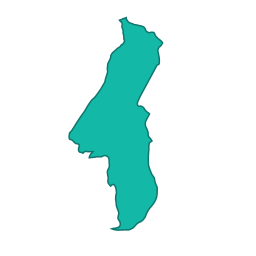 outline of Mpassa, Haut-Ogooué, Gabon, rotated 28°
{"feature_id": "22940354B37639469829308", "entity_name": "Mpassa", "entity_type": "district", "adm_level": 2, "iso_a3": "GAB", "parent_name": "Gabon", "parent_adm1": "Haut-Ogooué", "projection": "mercator", "projection_center": [13.612, -1.737], "detail": "fine", "context": "isolated", "style": "filled", "palette": "teal", "viewbox_px": 256, "rotation_deg": 28, "n_neighbors": 0, "source": "geoboundaries", "source_scale": "gbopen_adm2", "svg_char_len": 3202}
<svg xmlns="http://www.w3.org/2000/svg" viewBox="0 0 256 256"><g transform="rotate(28 128 128)"><path d="M69.8,36.8L70.5,37.2L72.0,37.6L73.2,38.0L74.1,38.9L74.6,40.4L75.3,41.8L76.5,42.9L77.6,43.8L78.4,44.7L78.5,45.6L79.8,47.3L81.2,48.8L81.9,50.1L82.5,51.3L83.5,52.0L84.1,52.9L84.2,54.8L83.9,56.8L83.1,57.5L83.1,58.4L82.7,60.3L81.7,61.8L81.1,63.3L80.3,65.6L79.6,67.3L79.1,68.7L78.8,70.5L78.9,72.2L79.7,74.2L79.9,76.2L79.9,79.2L80.1,81.0L80.5,82.2L81.2,83.4L81.8,85.3L82.3,86.1L83.0,86.9L83.6,87.9L84.1,89.8L85.0,94.8L85.6,97.0L86.0,98.5L85.9,100.3L85.7,106.1L85.0,112.1L84.4,115.9L83.8,117.9L83.0,119.8L82.6,122.0L82.2,125.4L82.0,128.5L81.8,133.2L81.6,135.3L81.1,138.4L80.3,146.3L79.8,153.7L79.5,157.2L79.0,158.6L78.8,160.0L79.4,161.8L80.2,163.6L81.0,164.8L82.1,165.4L83.3,164.9L85.0,165.0L86.3,165.5L87.6,166.0L89.3,166.2L91.4,165.5L92.6,165.7L93.5,166.8L93.7,168.4L94.3,170.2L95.4,171.5L97.0,172.0L98.8,171.3L100.0,171.5L100.3,170.7L100.8,169.3L101.4,168.5L102.5,168.2L103.7,167.8L104.7,167.2L105.9,166.5L108.3,165.3L108.0,166.5L107.4,167.9L107.3,169.4L107.4,171.6L107.8,172.5L110.2,170.8L112.6,169.2L114.2,167.9L116.4,166.8L118.2,165.8L119.2,164.3L120.0,163.5L121.6,162.8L123.5,162.8L125.1,163.5L125.9,164.6L126.9,166.1L128.0,168.1L128.9,169.4L129.8,171.4L129.9,173.1L129.8,174.6L130.4,176.6L131.5,178.2L132.6,179.7L133.7,180.9L134.4,182.4L135.1,184.2L135.8,185.4L136.9,186.2L139.9,187.5L140.8,185.2L142.3,184.5L144.4,185.7L146.0,187.3L148.3,190.7L148.9,193.3L150.4,196.5L152.1,198.9L154.5,202.4L156.9,204.6L159.1,206.5L160.1,208.1L161.1,211.7L161.8,212.8L163.5,213.9L164.9,214.6L166.4,216.5L166.9,218.4L166.0,220.4L164.0,222.3L162.1,223.6L161.1,224.6L163.4,224.2L165.8,223.5L167.1,222.8L168.9,221.8L170.1,221.1L171.6,220.3L173.4,219.1L174.9,218.5L176.6,217.5L177.7,216.3L179.5,213.6L180.0,211.5L180.7,209.0L181.2,207.7L181.8,206.5L182.8,205.3L183.4,204.5L184.2,202.7L184.6,201.1L184.9,199.3L184.9,197.6L184.6,196.0L184.5,193.6L184.5,190.8L184.9,188.4L185.4,186.2L186.0,182.7L186.2,179.3L185.8,175.9L184.9,173.2L183.6,170.4L182.5,168.2L181.3,166.4L179.4,165.0L176.9,162.6L175.2,160.5L174.4,159.6L172.5,158.6L170.7,157.7L168.0,155.4L166.1,153.8L163.6,151.3L162.4,149.3L160.8,146.5L158.7,142.3L157.4,139.3L156.2,136.6L155.0,134.5L153.9,131.4L154.4,129.8L155.3,128.2L153.8,127.3L151.7,126.4L150.0,125.8L149.0,124.7L148.2,123.1L146.9,121.6L145.7,120.5L144.3,119.4L142.8,118.3L141.7,116.9L140.4,114.0L140.4,108.9L140.4,105.4L139.1,105.1L137.2,104.9L135.8,104.5L134.1,103.8L132.6,102.9L131.4,102.6L130.0,102.5L129.0,102.6L128.2,103.2L127.6,103.7L126.2,103.7L125.2,102.8L124.3,100.9L123.9,94.8L124.0,76.4L124.1,59.1L124.5,58.2L125.3,57.4L125.2,56.2L124.5,54.6L123.1,52.1L122.3,51.0L120.8,49.2L119.5,47.4L118.0,45.8L117.6,44.2L117.4,42.2L118.1,40.8L118.5,39.4L118.6,36.6L117.6,36.0L115.7,35.4L112.9,35.0L111.3,34.5L109.7,34.0L108.6,33.4L107.3,32.3L106.2,31.6L105.0,31.8L103.3,32.7L102.6,33.4L101.9,34.0L100.4,34.1L99.1,34.1L97.3,33.1L96.3,32.1L94.7,31.5L92.7,31.5L90.5,32.1L88.2,32.7L86.5,33.2L84.9,33.8L83.8,33.8L82.1,34.0L80.8,34.3L79.4,34.4L78.3,34.1L77.2,33.6L76.1,33.0L75.1,32.4L74.6,31.4L73.6,32.6L72.6,33.4L71.8,34.7L70.4,36.2L69.8,36.8Z" fill="#14b8a6" stroke="#0f766e" stroke-width="1.5"/></g></svg>